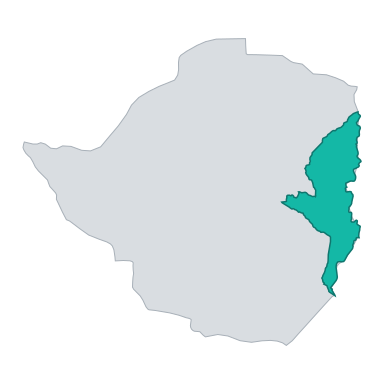 location of Manicaland within Zimbabwe
{"feature_id": "ZWE-529", "entity_name": "Manicaland", "entity_type": "Province", "adm_level": 1, "iso_a3": "ZWE", "parent_name": "Zimbabwe", "parent_adm1": "", "projection": "albers", "projection_center": [32.271, -19.29], "detail": "fine", "context": "in_parent", "style": "filled", "palette": "teal", "viewbox_px": 384, "rotation_deg": 0, "n_neighbors": 0, "source": "natural_earth", "source_scale": "10m", "svg_char_len": 8082}
<svg xmlns="http://www.w3.org/2000/svg" viewBox="0 0 384 384"><path d="M286.3,345.4L282.5,342.8L277.3,341.1L270.6,340.4L262.0,340.8L251.5,342.3L240.1,340.7L227.9,336.0L217.8,334.5L205.8,336.8L205.3,336.8L203.2,335.2L199.8,331.7L194.3,331.2L192.8,330.4L191.5,329.1L190.7,327.4L190.4,325.6L191.2,319.7L190.6,319.1L189.2,318.4L186.1,317.7L178.8,315.2L169.7,312.9L154.8,310.4L149.0,309.8L147.7,309.0L146.0,306.8L142.9,300.2L140.2,295.9L133.6,289.2L132.5,287.1L132.7,281.7L133.0,277.3L133.6,273.5L133.2,270.0L133.0,265.7L133.2,262.8L132.3,261.6L129.9,260.8L123.3,260.5L115.3,260.9L114.9,256.5L113.9,249.8L112.3,245.9L110.4,243.9L106.7,241.9L99.1,239.2L88.8,235.1L79.9,228.8L69.6,221.0L66.4,219.7L62.5,212.2L56.4,199.3L56.6,195.0L55.6,192.9L49.9,186.6L48.6,183.3L47.5,180.0L38.4,170.9L35.3,166.9L32.8,161.7L30.4,157.6L28.4,155.9L25.8,153.2L23.9,150.0L23.0,147.6L23.6,144.3L24.3,142.0L32.8,144.0L37.3,144.0L40.8,142.7L45.3,144.1L50.7,148.2L56.5,148.8L62.6,145.9L71.0,146.4L81.7,150.3L90.5,150.9L100.7,146.8L109.7,136.0L118.2,126.0L126.5,114.4L131.5,105.1L138.9,97.4L148.9,91.4L159.0,86.4L174.6,80.1L177.7,75.1L178.6,69.7L178.5,62.3L179.2,57.5L180.8,55.3L183.4,53.5L186.7,51.2L197.0,45.4L205.7,41.6L216.3,39.1L227.9,38.9L239.1,38.7L245.5,38.6L245.7,45.8L246.2,53.8L247.5,54.6L255.9,54.7L269.4,55.1L282.4,55.6L290.8,61.4L293.5,62.6L302.2,64.1L313.2,73.9L326.5,74.8L335.6,77.8L343.6,81.2L348.2,85.2L351.2,86.1L355.2,86.4L357.2,86.8L356.7,89.7L354.0,94.5L354.3,101.6L358.0,111.3L358.5,119.7L357.3,134.6L357.2,149.0L357.6,154.2L358.2,157.6L359.0,159.5L358.8,161.6L356.6,167.7L354.8,174.0L354.8,176.6L354.1,178.4L352.8,180.0L347.1,182.9L346.1,184.7L346.1,188.0L346.8,190.8L348.9,191.8L351.5,193.4L352.5,195.5L352.5,197.6L351.7,201.7L349.4,208.4L351.6,216.1L354.2,221.1L357.7,226.9L359.1,230.5L359.0,233.0L358.5,235.5L353.2,246.0L349.4,252.6L344.8,259.6L338.7,264.0L337.1,266.1L336.5,268.5L336.7,273.8L336.4,279.3L331.2,287.8L334.4,295.1L333.7,295.7L331.9,296.8L324.4,305.0L316.9,313.3L311.4,319.4L305.2,326.3L298.2,334.0L292.3,340.7L286.3,345.4Z" fill="#d9dde1" stroke="#a8b0b8" stroke-width="1"/><path d="M360.0,117.0L359.2,118.3L357.5,121.6L357.2,121.9L356.8,122.2L356.5,122.5L356.5,123.0L357.0,124.5L357.2,124.9L357.9,125.5L359.6,126.2L360.1,127.1L360.3,128.0L360.1,128.9L359.4,130.5L359.2,132.3L359.4,134.3L359.2,135.9L358.1,136.7L357.4,137.0L356.9,137.8L356.6,138.7L356.5,139.6L356.5,140.5L357.0,141.8L357.1,142.6L357.0,143.2L356.6,143.5L356.3,143.7L356.0,144.0L356.1,144.5L356.6,145.1L356.6,145.5L356.4,146.4L356.5,147.4L358.0,152.1L358.1,153.6L358.1,154.0L357.7,154.9L357.3,155.5L357.1,155.9L357.0,156.2L357.2,156.9L357.8,157.9L359.9,159.5L360.6,160.4L361.0,161.3L360.8,161.8L359.5,162.7L358.6,164.1L358.5,164.5L359.1,165.1L359.2,165.6L358.9,166.5L358.2,167.1L357.2,167.5L356.4,168.0L355.6,168.5L354.8,168.7L354.0,169.0L353.5,169.6L353.4,170.4L353.5,171.3L354.1,172.9L355.4,175.5L355.7,176.8L355.6,178.3L355.3,179.5L354.8,180.5L354.1,181.1L353.0,181.2L351.2,181.0L349.9,181.2L345.8,183.2L345.7,183.6L346.0,186.0L346.3,186.7L346.8,187.1L346.3,187.4L345.8,187.7L345.4,188.1L345.3,188.6L345.6,189.7L345.7,190.2L345.6,190.7L345.7,191.3L346.1,191.7L346.5,191.9L347.1,191.9L349.8,191.5L350.5,191.6L351.0,191.8L351.3,192.0L351.4,192.3L351.5,192.8L351.7,193.4L352.0,193.8L352.4,194.1L352.8,194.5L353.1,196.1L351.8,201.7L351.7,202.8L351.6,203.6L351.2,204.4L350.6,205.4L349.0,207.2L348.9,207.7L349.0,209.0L348.7,210.9L348.8,211.8L349.2,212.3L350.0,212.4L350.8,212.3L351.4,212.5L351.7,213.5L351.7,214.3L351.4,217.6L351.4,218.0L351.5,218.5L351.6,219.1L351.4,219.5L351.1,219.9L351.0,220.4L351.1,221.4L351.6,221.9L352.4,222.0L353.4,222.1L354.4,221.8L355.6,220.5L356.4,220.2L357.2,220.7L357.3,221.6L356.9,223.4L357.2,224.2L358.0,224.9L358.9,225.5L359.8,225.9L360.2,226.4L360.1,227.3L359.8,228.3L359.7,230.2L358.9,232.9L358.7,236.2L359.0,237.3L359.1,237.7L356.8,237.6L356.2,238.1L356.0,239.5L355.6,240.1L355.0,240.3L354.3,240.5L353.9,240.9L353.6,243.1L353.3,243.8L352.8,244.8L352.7,245.3L352.7,245.6L353.0,246.2L353.0,246.6L352.7,248.0L352.5,248.6L352.1,249.2L347.5,255.0L344.7,260.3L343.7,261.5L341.8,261.8L339.8,261.6L338.0,261.8L336.6,263.5L336.2,265.5L336.1,267.4L337.3,277.0L337.0,278.7L336.0,280.7L330.6,287.7L330.8,288.1L331.4,288.5L331.8,289.0L332.2,289.0L332.3,289.1L332.3,289.4L332.0,289.9L331.9,290.1L335.0,295.4L335.1,295.8L329.5,292.1L328.8,291.3L328.8,290.6L327.3,286.9L327.0,285.8L326.8,285.6L323.8,284.1L324.3,283.4L324.2,283.0L323.2,282.2L323.0,281.8L322.9,281.4L322.5,279.3L322.3,278.9L321.9,278.3L321.9,277.9L322.5,276.9L322.7,276.4L322.9,275.5L324.4,272.6L325.2,270.2L325.3,269.3L325.4,268.5L325.8,267.8L326.7,266.7L327.2,264.0L327.8,263.1L328.1,260.9L328.3,254.5L330.5,241.7L330.5,237.2L330.2,236.8L330.1,236.4L329.3,235.9L327.1,234.7L324.3,232.5L323.7,232.3L323.3,232.2L323.0,232.2L322.1,232.2L321.2,232.3L320.9,232.3L320.6,232.1L320.3,231.7L320.0,231.4L319.7,231.2L318.4,230.9L317.8,230.6L316.9,230.0L316.3,229.3L315.9,228.9L315.6,228.2L315.4,228.0L315.1,227.8L314.0,227.3L313.5,226.9L313.2,226.5L313.0,226.2L312.5,224.5L312.0,223.9L310.6,222.6L309.6,221.5L309.4,221.1L309.0,219.9L308.7,219.7L308.2,219.3L306.2,218.2L305.9,218.0L305.5,217.6L305.4,217.3L305.1,216.3L304.9,216.1L303.6,214.8L303.4,214.4L303.3,214.0L303.3,213.4L303.1,213.2L302.8,213.1L301.8,213.0L301.3,212.8L300.7,212.6L300.3,212.4L299.8,212.0L299.5,211.9L298.8,212.2L298.5,212.1L298.3,212.0L297.6,211.1L297.2,210.8L296.1,210.0L295.7,209.8L294.9,209.6L294.6,209.5L294.4,209.3L293.9,208.9L293.5,208.7L293.0,208.7L292.7,208.7L292.3,209.0L292.1,209.0L291.8,209.0L291.4,208.7L290.8,208.4L289.2,207.1L282.2,202.8L281.7,202.1L285.9,201.6L286.4,201.4L286.4,199.1L286.8,198.0L286.8,196.2L287.0,196.0L287.0,195.8L287.2,195.5L287.6,195.3L288.8,195.2L289.3,195.2L289.8,195.3L290.2,195.5L290.6,195.7L290.9,195.7L291.1,195.7L291.4,195.5L291.7,195.1L291.9,195.0L292.1,195.0L292.5,195.1L292.8,195.3L293.6,196.1L293.7,196.5L293.8,197.0L294.1,197.3L294.4,197.4L294.9,197.4L295.2,197.5L295.8,197.8L296.1,197.9L296.4,197.8L297.2,197.0L297.4,196.6L297.8,196.0L298.4,194.7L298.7,193.7L299.0,193.1L299.1,192.9L299.0,192.7L298.9,192.5L298.6,192.1L298.5,191.9L299.1,191.8L300.0,192.0L301.5,192.7L302.3,192.7L304.4,192.4L305.1,192.3L305.9,192.6L306.5,192.9L308.1,194.6L308.7,195.1L310.3,195.5L312.0,196.4L312.9,196.6L313.3,196.5L314.1,196.3L314.4,196.3L314.8,196.4L315.1,196.5L315.4,196.7L315.7,195.9L315.5,194.8L315.5,194.2L315.6,193.3L315.6,192.5L315.7,190.6L315.6,190.1L315.5,189.7L315.2,189.3L314.7,188.6L314.5,187.9L314.4,187.7L313.8,187.3L313.6,187.2L313.5,186.7L312.7,182.8L311.7,180.4L311.6,180.2L311.2,180.0L310.7,179.8L309.9,179.8L309.5,179.6L309.3,179.5L309.0,179.1L308.9,178.6L308.7,177.7L308.6,177.4L307.7,176.1L307.1,175.5L306.5,174.5L306.1,174.0L306.0,173.2L305.8,173.0L305.8,172.8L305.7,172.5L306.0,171.9L306.1,171.4L306.1,171.0L305.8,170.3L305.6,169.5L305.1,168.8L304.9,168.4L305.2,168.1L305.7,167.7L305.9,166.9L306.0,166.4L306.1,166.0L306.2,165.6L306.5,165.4L307.0,165.2L308.9,164.8L309.3,164.6L309.6,164.4L309.6,163.9L309.5,163.0L309.7,162.6L310.3,161.3L310.3,160.8L310.2,160.7L310.0,160.2L309.9,159.4L310.0,157.9L310.0,157.7L310.1,157.4L311.7,155.2L312.0,154.6L312.2,154.2L312.1,153.4L312.1,153.1L312.2,152.8L322.3,142.4L322.4,142.2L322.5,142.0L322.4,141.2L322.4,140.7L322.7,138.9L322.9,138.5L323.1,138.3L323.4,138.1L324.6,137.6L325.5,137.1L326.4,136.8L326.6,136.6L326.9,136.4L327.2,135.9L327.6,135.1L327.8,134.7L328.0,134.5L328.4,134.2L329.4,133.6L329.8,133.3L331.6,131.6L332.3,131.1L333.0,130.7L333.5,130.6L333.9,130.5L334.2,130.5L334.4,130.6L334.9,130.8L335.2,130.7L335.6,130.5L336.2,129.8L336.8,129.0L337.1,128.8L338.6,128.1L339.4,128.0L340.0,127.7L340.7,127.5L341.1,127.3L341.5,127.0L343.4,125.1L343.5,124.8L343.6,124.5L343.6,124.3L343.7,123.4L343.8,123.2L344.2,122.8L345.6,122.2L346.0,122.1L346.7,121.8L346.9,121.7L347.2,121.4L347.4,121.0L347.5,120.1L347.6,119.9L348.9,117.3L349.2,116.9L352.1,114.7L353.1,113.8L353.6,113.5L356.8,112.2L357.7,112.0L358.0,111.9L358.0,112.4L358.2,113.4L358.6,114.3L359.0,114.6L359.9,115.2L360.2,115.6L360.3,116.3L360.0,117.0Z" fill="#14b8a6" stroke="#0f766e" stroke-width="1.5"/></svg>